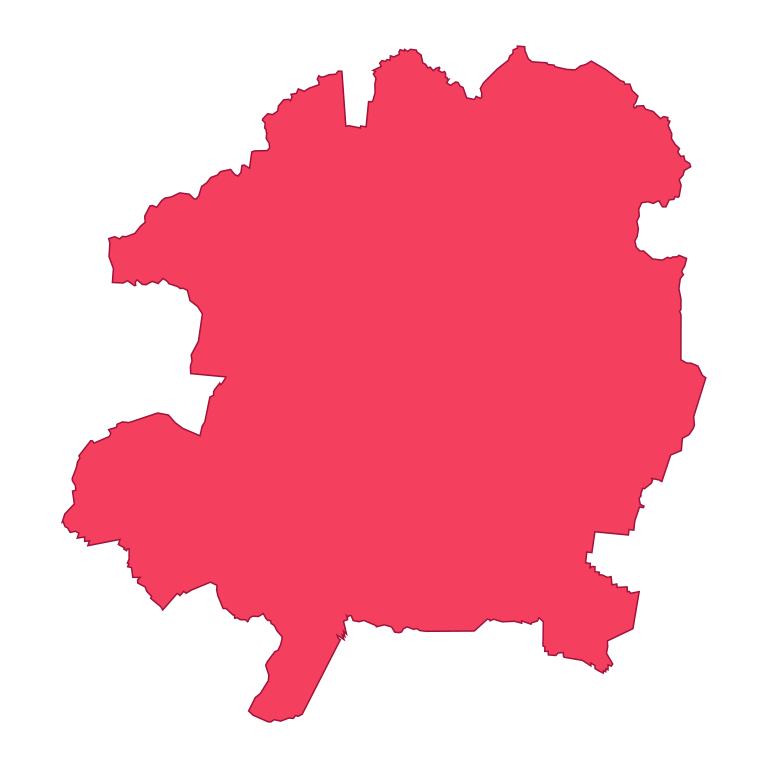 outline of Atotonilco el Alto, Jalisco, Mexico
{"feature_id": "50627088B13476229601831", "entity_name": "Atotonilco el Alto", "entity_type": "district", "adm_level": 2, "iso_a3": "MEX", "parent_name": "Mexico", "parent_adm1": "Jalisco", "projection": "robinson", "projection_center": [-102.554, 20.541], "detail": "fine", "context": "isolated", "style": "filled", "palette": "rose", "viewbox_px": 768, "rotation_deg": 0, "n_neighbors": 0, "source": "geoboundaries", "source_scale": "gbopen_adm2", "svg_char_len": 6005}
<svg xmlns="http://www.w3.org/2000/svg" viewBox="0 0 768 768"><path d="M400.1,49.7L399.0,51.8L399.3,54.4L393.8,56.9L390.4,55.8L390.0,60.1L387.0,59.6L385.5,61.4L381.9,60.6L379.7,63.2L381.2,66.5L373.0,70.4L375.4,71.5L373.3,73.9L376.0,78.4L374.9,83.9L375.1,92.8L372.9,100.6L372.0,101.7L368.6,101.6L366.1,126.8L360.6,126.0L360.4,128.0L348.8,125.7L345.8,126.2L341.9,71.3L338.2,71.1L335.7,74.2L329.1,74.7L323.9,76.8L320.9,77.1L318.9,75.7L317.3,79.2L319.0,82.2L319.0,84.7L308.9,88.3L304.3,91.3L298.3,88.9L296.4,93.4L291.0,94.3L292.0,97.0L290.5,100.8L288.8,99.3L283.7,99.8L278.5,105.9L277.7,111.1L272.5,114.6L267.7,113.7L262.7,119.0L262.5,120.3L265.2,123.0L264.7,128.1L266.0,129.6L266.7,133.9L266.2,138.5L269.1,143.1L269.6,147.9L267.2,150.6L254.6,150.9L251.8,151.9L249.5,168.2L244.4,165.1L242.0,165.4L240.9,172.6L238.0,176.0L234.7,174.5L230.6,169.4L220.4,171.6L217.3,175.2L210.9,177.4L206.7,182.8L201.6,186.5L198.7,196.1L195.8,199.2L193.7,198.6L189.4,194.2L179.7,192.9L171.2,197.0L164.9,198.1L161.7,200.6L156.7,207.4L152.5,205.5L149.9,206.0L144.7,216.2L145.2,222.3L140.8,225.9L134.9,233.4L125.8,236.8L122.5,236.3L119.6,238.9L114.7,236.7L108.7,238.6L109.9,243.1L109.0,256.6L113.4,268.6L112.4,282.5L123.3,283.0L127.5,280.7L134.5,285.7L135.7,285.3L135.3,282.0L137.1,279.9L142.3,284.4L146.1,284.7L152.1,281.4L158.1,283.5L163.1,278.5L167.5,281.5L168.7,283.6L178.0,286.7L180.1,288.5L183.0,288.3L187.4,290.2L190.0,300.6L197.6,306.5L202.4,313.9L198.4,341.4L191.2,355.0L192.0,361.0L190.4,366.2L190.7,373.6L225.8,376.9L225.7,377.7L221.9,383.6L220.5,384.7L219.7,383.1L214.7,389.6L213.6,391.6L213.6,395.4L209.9,397.0L204.8,421.9L202.1,426.3L200.0,435.8L182.8,428.4L175.2,422.7L168.4,415.0L157.7,413.0L128.8,422.6L122.6,421.9L117.1,424.3L116.5,427.3L108.6,429.6L110.8,433.4L109.5,436.4L94.0,443.1L92.5,440.9L90.7,440.7L78.9,455.8L79.9,458.1L77.5,461.9L76.3,467.8L72.2,478.5L72.4,480.7L75.3,485.4L75.9,490.2L72.5,491.1L74.3,503.9L64.8,514.0L62.2,522.3L63.2,521.7L65.0,526.6L67.5,527.8L70.2,532.4L75.6,531.3L78.9,533.2L77.2,538.1L84.7,537.0L84.6,541.4L89.5,540.8L87.8,545.7L120.0,539.4L118.4,544.5L124.4,547.8L123.9,549.1L126.6,550.7L127.3,549.0L129.1,548.7L129.1,559.1L127.4,563.2L128.9,563.7L127.6,566.7L131.5,567.6L132.8,577.4L140.1,577.4L137.6,579.9L137.8,583.1L145.1,586.9L146.9,591.5L151.6,596.4L150.6,598.3L160.8,606.7L162.7,610.0L177.2,593.4L180.0,595.6L183.7,591.4L186.1,593.3L191.3,590.1L210.4,582.2L217.1,585.4L216.6,589.8L217.9,595.8L223.1,608.5L226.2,608.6L233.0,615.0L234.4,615.0L234.7,618.2L237.4,617.8L240.3,619.7L245.3,619.7L247.7,621.7L249.8,617.9L252.5,616.2L258.5,616.5L263.3,613.5L265.8,618.3L267.9,620.4L270.7,620.7L271.1,623.4L274.3,625.5L277.2,631.1L281.8,636.4L282.1,638.6L280.7,644.6L277.9,650.4L274.8,651.7L267.2,661.9L265.7,665.4L268.9,675.2L268.3,680.7L260.2,693.7L255.3,697.5L248.6,711.0L253.1,715.2L268.0,721.8L270.9,721.9L274.1,719.7L280.8,721.1L288.9,718.0L293.3,718.4L295.5,715.6L298.2,716.3L302.2,714.2L340.3,639.8L338.3,638.4L337.2,635.2L344.0,639.6L342.4,635.0L344.8,636.6L343.6,631.4L346.5,634.1L343.5,621.2L347.6,619.6L346.7,615.7L347.9,616.8L349.9,615.4L351.3,615.8L353.2,620.6L359.2,621.7L363.9,620.4L376.0,625.6L376.3,626.8L384.4,624.8L391.6,627.0L394.7,632.1L398.8,632.7L401.5,632.0L403.3,628.9L407.1,626.9L413.5,629.3L416.7,628.6L420.0,630.6L426.2,631.3L474.3,631.0L487.3,619.2L489.7,619.7L490.1,620.8L493.7,619.2L502.1,621.8L514.7,621.3L521.7,623.2L521.6,620.9L531.0,624.2L531.8,622.7L537.3,621.1L539.1,617.8L543.3,621.7L543.0,645.9L545.0,647.0L544.7,651.4L548.2,651.3L548.3,654.9L555.9,655.5L557.9,653.0L563.3,652.6L563.5,656.6L564.3,657.3L582.5,660.4L590.9,665.9L590.9,663.0L595.0,665.6L595.0,668.6L599.2,671.1L603.3,673.1L603.5,670.7L605.7,671.7L605.8,668.9L608.0,669.8L608.1,664.8L611.2,666.2L612.7,664.0L606.5,653.3L607.7,646.7L607.4,640.9L632.9,628.7L639.2,591.6L630.8,593.3L629.2,591.4L627.4,591.7L627.1,586.9L617.1,587.4L616.8,584.0L612.0,584.8L611.1,576.6L607.5,577.4L602.3,575.0L599.0,574.7L599.4,572.2L594.8,571.7L595.0,566.7L592.2,566.5L590.1,567.4L589.9,568.7L590.4,563.4L585.6,562.8L586.8,552.0L591.9,552.6L594.9,531.8L628.4,535.0L629.0,529.6L633.8,530.1L634.8,521.0L639.5,507.0L643.5,507.6L644.0,506.2L640.3,504.4L639.0,498.4L641.1,495.8L640.6,495.0L642.6,488.4L644.5,488.7L651.5,483.0L652.7,479.4L651.3,478.3L659.1,480.0L661.8,481.6L670.7,455.0L681.3,450.5L682.4,438.3L689.1,434.6L693.2,428.5L694.4,425.2L693.7,416.6L705.8,377.8L702.4,375.4L697.9,366.1L691.1,363.2L686.6,363.0L680.9,359.8L681.0,314.9L679.6,311.0L680.9,309.7L681.0,299.2L678.9,288.6L680.3,278.5L683.5,274.6L681.8,272.2L682.1,270.3L684.7,266.0L686.6,258.5L679.0,255.3L677.1,256.8L672.5,257.0L670.6,258.3L667.5,257.3L662.4,260.1L652.6,259.0L643.6,251.0L639.9,251.0L636.3,247.3L634.8,241.1L637.2,236.4L638.4,228.9L636.8,221.2L639.3,216.1L638.7,209.3L641.6,202.8L648.0,201.7L653.2,203.4L658.8,200.7L662.4,206.8L665.9,206.9L669.2,199.9L673.8,199.4L675.2,196.5L678.1,197.3L679.1,196.5L681.1,185.2L679.2,179.6L683.0,175.2L684.4,170.4L690.7,166.7L689.5,163.3L685.0,160.7L683.8,155.9L680.8,156.5L677.7,151.9L679.5,148.6L675.2,144.5L671.5,138.7L671.8,133.9L668.1,125.4L669.9,121.2L667.8,120.5L667.8,117.5L663.7,116.6L660.5,118.7L653.2,111.5L645.3,109.1L643.5,105.7L636.3,106.1L635.8,107.7L634.1,107.7L633.6,105.2L635.6,102.6L638.0,96.1L632.2,90.6L629.8,84.1L625.1,84.2L623.7,81.6L620.7,80.8L605.8,69.6L591.3,61.1L585.7,64.5L580.3,66.0L575.3,69.9L566.7,69.4L555.2,66.8L554.0,65.1L547.9,64.5L546.9,62.8L532.0,61.8L528.3,58.8L525.0,50.7L524.7,46.7L517.3,46.1L517.5,48.1L513.1,49.9L512.9,53.5L509.8,56.0L508.3,60.3L497.3,69.0L483.6,82.8L480.3,88.5L481.7,92.9L481.5,97.6L480.4,98.3L476.1,96.4L474.8,99.0L473.6,99.4L466.6,97.8L463.1,87.6L459.9,85.9L458.1,82.6L455.8,81.9L450.4,85.4L446.5,82.7L449.0,79.2L447.6,79.4L446.9,77.5L445.5,77.4L445.6,73.5L444.5,71.5L442.1,72.5L438.3,70.4L439.8,68.1L439.3,67.3L436.0,68.3L433.3,70.7L430.2,67.1L427.8,67.9L425.7,64.4L422.8,62.9L421.1,55.0L417.0,52.1L416.4,50.1L410.5,49.3L407.7,51.4L404.6,49.4L404.3,50.9L400.1,49.7Z" fill="#f43f5e" stroke="#9f1239" stroke-width="1.5"/></svg>